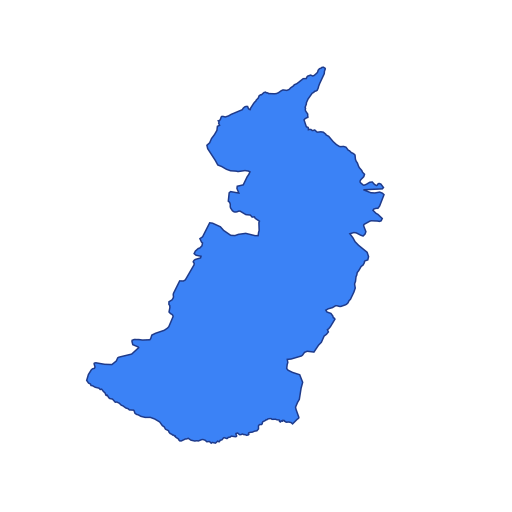 the district of Sandoa, Katanga, Democratic Republic of the Congo, rotated 294°
{"feature_id": "63176286B26674316015082", "entity_name": "Sandoa", "entity_type": "district", "adm_level": 2, "iso_a3": "COD", "parent_name": "Democratic Republic of the Congo", "parent_adm1": "Katanga", "projection": "orthographic", "projection_center": [23.072, -9.383], "detail": "fine", "context": "isolated", "style": "filled", "palette": "blue", "viewbox_px": 512, "rotation_deg": 294, "n_neighbors": 0, "source": "geoboundaries", "source_scale": "gbopen_adm2", "svg_char_len": 6057}
<svg xmlns="http://www.w3.org/2000/svg" viewBox="0 0 512 512"><g transform="rotate(294 256 256)"><path d="M374.8,321.9L375.8,319.3L377.1,317.9L378.7,314.5L379.7,313.2L382.2,310.8L383.3,309.0L384.8,307.5L388.3,305.5L388.8,304.9L389.3,302.5L389.2,301.1L390.2,298.5L390.1,297.4L392.0,293.9L391.7,291.4L390.3,288.8L390.0,287.6L390.5,284.1L391.9,279.9L394.9,273.7L395.1,270.8L395.6,270.3L396.5,267.1L395.8,264.6L394.1,261.8L394.1,261.1L395.0,258.4L393.8,257.0L393.5,256.3L393.9,254.7L393.3,253.1L392.7,252.5L394.4,251.6L394.7,251.0L394.5,249.6L394.9,249.1L399.9,244.5L401.2,244.9L403.1,246.2L403.6,246.9L404.1,247.0L404.5,246.5L406.7,245.5L408.6,242.4L409.3,241.8L410.2,241.3L411.1,241.2L411.8,240.4L415.3,240.2L416.4,239.7L420.6,239.7L427.6,241.1L429.1,242.3L430.2,242.4L431.0,243.6L432.3,244.5L435.1,244.5L436.1,244.2L439.5,244.0L450.3,244.2L452.6,243.4L455.1,243.2L455.6,242.8L455.9,240.8L455.1,239.5L454.3,239.2L452.9,237.8L450.9,237.2L449.3,237.5L447.9,237.2L444.6,235.7L443.5,234.6L443.5,232.3L441.3,230.0L440.3,229.7L438.6,229.8L437.2,227.0L430.0,223.2L428.0,221.3L426.8,221.1L423.6,219.2L421.7,218.6L419.8,216.8L418.7,213.1L417.2,211.8L414.3,210.1L412.7,208.6L411.7,206.9L409.5,201.4L409.8,200.4L409.3,199.1L409.6,198.1L408.6,196.8L405.5,195.4L405.2,194.7L403.8,193.7L401.1,193.8L398.5,192.8L397.2,192.8L396.1,192.2L394.5,191.8L388.6,190.9L387.4,191.2L387.2,190.3L387.6,189.1L389.2,187.5L388.6,186.1L387.7,185.1L386.1,184.3L384.0,183.9L375.4,175.8L372.8,173.9L370.5,171.4L370.1,169.0L369.5,167.9L368.9,167.7L366.1,167.9L365.1,167.6L364.1,166.6L363.8,167.4L363.3,167.8L362.2,167.8L360.6,169.6L358.8,168.0L354.9,169.2L352.9,169.0L350.0,168.7L345.3,167.6L340.5,167.6L337.2,166.1L334.4,168.2L326.8,179.9L323.6,184.1L323.8,188.2L323.2,193.6L323.5,198.0L325.5,203.5L325.8,205.2L329.6,211.2L330.5,214.5L330.4,216.3L327.5,216.2L324.8,215.7L315.8,215.4L312.1,210.5L310.0,211.1L306.5,214.7L304.5,206.6L302.8,205.8L294.8,208.4L294.5,209.6L293.7,210.7L292.9,211.4L290.4,212.5L289.5,213.3L287.7,216.1L287.4,218.1L287.8,219.3L288.5,220.5L290.1,222.1L290.5,223.3L289.7,229.9L291.1,234.2L290.0,236.6L291.1,238.7L290.1,239.9L289.2,245.0L287.6,245.1L280.6,248.5L278.4,248.8L275.5,249.7L274.2,246.9L272.5,237.4L268.6,231.1L266.1,228.5L264.6,224.5L266.2,216.0L268.2,211.6L268.3,203.0L267.5,200.2L251.8,199.4L249.0,197.7L246.5,200.6L246.2,201.8L243.4,202.5L240.4,201.4L239.4,200.2L235.8,198.6L233.0,198.5L232.3,200.9L233.4,205.9L231.7,206.1L228.1,201.9L226.6,201.1L225.1,201.0L224.2,202.5L222.7,203.0L207.6,201.4L205.3,201.1L203.6,199.8L202.2,196.4L188.3,195.8L187.0,196.1L185.0,197.3L183.5,197.4L181.7,197.1L178.8,195.1L176.4,196.1L175.6,197.4L173.9,198.3L169.5,199.3L168.6,201.4L168.5,202.9L168.0,204.1L166.9,204.9L155.9,205.1L154.0,204.4L150.8,202.4L144.5,195.6L141.4,193.0L137.7,193.4L136.3,193.1L133.0,186.4L132.1,183.2L130.2,178.7L128.6,177.1L127.4,177.5L124.9,179.5L125.0,185.3L124.5,186.1L115.8,182.3L108.9,173.3L107.6,171.7L106.7,171.1L103.3,171.1L98.2,168.5L95.5,161.8L93.3,153.1L92.4,151.9L91.7,151.9L89.1,154.1L87.7,154.1L86.5,152.6L85.2,151.9L79.6,151.1L73.5,151.9L71.8,154.7L71.7,156.9L70.6,157.9L71.0,159.4L70.7,162.5L71.4,166.3L70.7,168.0L71.5,168.9L71.5,169.3L70.2,171.7L69.5,173.8L67.8,175.5L67.8,176.2L68.3,176.2L68.4,176.6L66.7,179.1L66.3,180.3L66.9,183.1L65.2,186.9L66.0,188.3L65.9,191.0L64.9,193.6L65.0,195.3L64.2,198.9L64.5,201.2L63.9,202.9L65.4,206.9L65.1,207.5L63.1,209.4L62.7,211.3L63.0,213.0L62.7,216.1L63.5,220.5L65.6,225.1L65.9,229.8L65.3,234.9L65.1,235.8L62.9,239.5L62.6,241.6L61.0,243.7L60.8,247.1L59.6,248.3L58.9,249.8L58.9,251.7L58.5,252.6L58.9,253.6L58.4,254.8L58.7,255.5L58.1,255.8L57.8,256.6L57.3,259.6L56.6,260.3L56.1,261.6L56.7,263.0L60.2,266.0L60.7,267.1L61.9,268.2L61.3,271.5L62.1,275.4L63.1,276.9L63.6,278.6L66.2,281.1L66.8,282.2L67.0,284.5L66.3,286.6L67.5,288.7L67.5,289.2L66.8,291.2L67.9,291.9L68.6,295.1L71.3,296.3L71.2,297.6L71.5,298.1L73.0,298.2L74.3,299.7L76.6,300.3L77.1,300.8L77.4,303.6L77.8,304.1L79.0,304.4L80.0,306.0L81.4,306.7L82.6,310.9L83.2,311.5L83.8,311.5L85.2,310.0L85.7,309.9L86.8,311.2L86.1,313.6L86.6,314.8L87.9,316.0L87.9,317.8L88.4,318.4L88.4,320.4L89.4,321.7L90.1,322.0L91.0,321.2L91.5,321.3L92.5,322.4L93.7,324.4L95.3,325.8L96.7,327.9L99.1,328.6L101.9,327.3L102.7,327.5L103.6,328.0L104.1,329.3L104.5,329.7L105.4,329.9L106.6,329.5L107.4,329.7L109.9,331.7L110.6,331.8L110.9,332.6L111.9,333.1L112.7,334.1L113.6,335.9L113.3,337.1L114.8,340.2L114.9,341.8L115.6,343.8L115.4,344.4L114.4,344.8L114.3,345.8L115.8,346.4L115.8,347.4L116.0,347.6L116.8,347.4L117.1,348.3L117.2,348.9L116.6,349.5L116.7,350.5L116.4,351.1L117.7,353.5L118.1,355.8L117.5,357.7L123.5,360.0L125.1,360.9L126.0,360.8L132.3,354.8L134.0,353.6L139.4,353.5L142.6,353.9L153.4,351.0L159.6,350.0L165.3,344.2L164.5,336.6L164.7,331.7L165.7,329.8L169.6,328.6L171.6,328.4L174.3,326.6L176.1,329.9L183.1,338.1L184.3,338.8L187.7,339.5L189.8,341.5L191.8,348.0L200.0,349.4L203.8,350.8L210.6,350.8L213.1,352.2L216.1,353.0L217.7,351.2L219.1,352.0L221.7,352.7L230.4,353.8L231.1,352.9L231.0,351.8L232.5,350.5L234.0,347.8L233.7,343.6L234.9,341.8L237.2,343.5L239.9,346.8L243.0,349.0L243.5,350.2L243.9,352.9L244.4,354.0L247.6,357.4L248.7,358.3L250.6,359.1L253.2,359.2L254.8,359.9L262.8,360.1L267.1,359.7L270.1,357.7L271.2,357.3L273.3,357.2L277.7,355.8L279.6,355.8L282.1,355.2L284.5,355.8L289.2,356.3L291.3,357.5L294.0,357.7L295.1,357.3L295.9,357.6L297.9,359.7L301.2,359.1L304.6,356.0L307.5,345.3L309.4,340.6L312.0,337.2L314.5,332.7L317.2,335.8L317.9,338.1L317.6,343.4L317.8,345.7L320.4,346.7L322.9,346.5L327.0,342.4L327.9,341.8L328.9,341.9L334.2,345.9L335.1,347.0L337.4,352.9L337.8,354.7L339.0,356.0L341.6,356.1L343.6,350.5L343.8,348.2L345.3,344.3L346.8,344.5L348.3,346.2L349.2,348.0L351.9,348.6L364.1,348.0L364.8,345.9L364.7,343.0L361.9,338.9L360.5,335.1L360.2,327.2L368.7,344.1L370.4,344.6L372.5,340.8L372.4,339.2L372.1,338.6L371.4,338.1L369.9,337.9L369.3,337.3L369.6,335.1L370.9,332.1L369.6,329.9L366.3,327.6L364.6,325.9L364.4,325.3L365.4,321.8L365.9,321.0L366.8,320.6L368.3,320.7L372.3,322.2L374.8,321.9Z" fill="#3b82f6" stroke="#1e3a8a" stroke-width="1.5"/></g></svg>